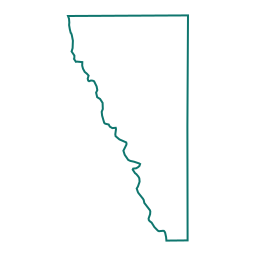 Maverick, Texas, United States of America (Robinson projection)
{"feature_id": "52423323B24944567676343", "entity_name": "Maverick", "entity_type": "district", "adm_level": 2, "iso_a3": "USA", "parent_name": "United States of America", "parent_adm1": "Texas", "projection": "robinson", "projection_center": [-100.434, 28.642], "detail": "fine", "context": "isolated", "style": "outline", "palette": "teal", "viewbox_px": 256, "rotation_deg": 0, "n_neighbors": 0, "source": "geoboundaries", "source_scale": "gbopen_adm2", "svg_char_len": 1200}
<svg xmlns="http://www.w3.org/2000/svg" viewBox="0 0 256 256"><path d="M188.0,15.4L68.0,16.0L69.0,18.7L69.3,22.5L69.1,25.1L69.8,29.2L70.7,32.9L71.2,33.3L71.8,35.1L72.9,40.7L72.6,48.1L71.6,51.5L74.4,55.6L74.3,58.4L74.0,58.9L75.9,61.8L76.9,61.6L82.3,62.1L82.2,65.7L83.0,68.7L84.7,71.9L86.9,73.7L88.6,75.6L87.7,78.7L88.2,80.6L89.1,81.2L91.0,80.5L92.8,80.7L94.1,81.3L96.6,86.4L97.3,90.1L96.1,92.7L97.2,97.2L100.1,99.0L102.6,102.9L102.8,109.0L101.7,111.8L102.1,115.6L104.2,122.8L105.2,123.7L108.7,124.5L109.8,126.6L112.3,128.1L115.7,127.8L116.0,129.1L115.3,134.3L115.6,136.2L119.4,139.4L126.2,142.4L126.5,143.5L126.4,144.7L123.4,150.7L124.7,154.8L128.2,159.9L130.3,160.9L134.0,161.7L139.1,163.4L140.1,164.0L139.4,166.0L137.9,167.3L136.1,168.3L133.2,168.6L132.7,169.6L135.0,173.1L136.4,174.2L138.4,176.6L139.3,178.3L139.6,181.5L139.4,182.3L137.9,186.6L136.7,188.5L137.8,191.8L138.4,193.0L143.0,198.8L143.7,200.0L144.3,202.9L149.9,210.2L150.3,211.4L150.1,214.2L148.6,218.5L148.8,220.0L149.7,221.2L151.6,222.6L154.4,227.1L157.9,230.7L159.0,231.2L163.0,230.8L163.9,230.9L164.6,231.7L165.2,233.0L166.1,237.2L166.4,240.6L187.6,240.4L187.4,126.3L188.0,15.4Z" fill="none" stroke="#0f766e" stroke-width="2"/></svg>